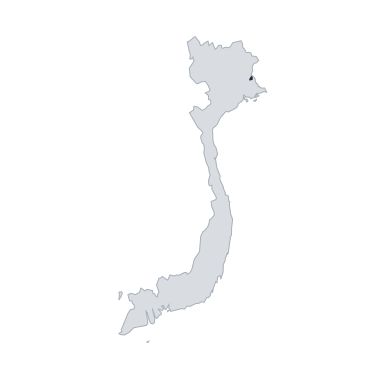 Lang Son, Lạng Sơn, Vietnam shown in context, rotated 21°
{"feature_id": "81297802B21506651579478", "entity_name": "Lang Son", "entity_type": "district", "adm_level": 2, "iso_a3": "VNM", "parent_name": "Vietnam", "parent_adm1": "Lạng Sơn", "projection": "equal_earth", "projection_center": [106.757, 21.855], "detail": "fine", "context": "in_parent", "style": "filled", "palette": "slate", "viewbox_px": 384, "rotation_deg": 21, "n_neighbors": 0, "source": "geoboundaries", "source_scale": "gbopen_adm2", "svg_char_len": 4316}
<svg xmlns="http://www.w3.org/2000/svg" viewBox="0 0 384 384"><g transform="rotate(21 192 192)"><path d="M225.9,72.1L223.3,72.3L220.6,75.0L217.0,76.8L216.2,81.6L213.2,83.9L211.8,82.8L208.8,83.9L205.6,82.8L206.7,88.4L203.5,92.9L203.8,95.7L202.9,97.9L197.4,104.2L195.7,104.3L194.5,105.3L191.8,112.8L191.4,119.1L190.2,122.6L189.0,124.1L188.7,126.1L192.9,136.0L195.7,140.0L198.5,142.0L202.6,147.9L202.0,149.4L202.3,152.7L200.3,151.8L200.6,152.2L202.9,154.0L206.4,160.3L212.5,167.0L213.5,170.4L219.4,175.9L219.3,176.6L223.5,181.0L224.0,182.7L227.1,182.6L230.0,187.7L230.9,187.7L231.2,189.9L235.9,198.6L239.8,203.1L241.8,211.2L244.1,217.4L244.2,220.9L247.7,236.0L247.5,237.9L246.8,236.0L246.9,241.7L247.5,244.7L247.2,248.5L249.7,255.5L250.1,263.2L248.3,259.9L246.4,262.2L247.8,267.7L246.3,267.2L246.4,274.6L247.1,277.2L246.9,278.2L246.2,276.2L245.5,279.8L246.2,282.2L245.1,284.9L243.6,285.1L242.8,290.6L240.1,291.1L238.1,293.6L235.7,294.6L231.2,299.4L228.4,300.2L226.9,304.1L224.3,304.5L214.9,311.1L213.8,309.5L212.1,308.9L210.8,305.4L209.8,311.0L209.1,311.4L207.6,310.3L206.2,308.1L204.3,309.6L206.5,310.1L207.1,311.6L206.7,313.3L202.0,313.3L206.3,315.5L207.2,317.2L205.1,319.9L205.1,321.9L204.1,322.8L201.7,321.1L196.7,314.9L202.7,323.7L203.7,327.6L202.3,329.4L200.6,329.4L197.8,326.8L193.3,320.6L191.7,319.7L197.0,328.6L197.8,330.6L197.2,332.9L186.4,339.5L183.4,345.9L180.1,349.7L176.5,350.7L174.5,350.4L176.5,347.1L175.3,345.9L175.7,328.3L176.7,323.8L179.8,321.9L179.8,321.0L178.7,318.3L176.2,317.3L175.1,315.3L172.8,316.1L169.0,310.8L171.2,308.5L175.9,308.1L179.0,304.5L178.7,300.4L179.0,299.9L183.4,301.3L184.9,299.0L190.5,298.2L192.1,300.9L193.5,300.5L196.1,302.4L197.1,302.4L196.6,299.7L197.1,297.2L192.2,291.6L192.1,284.2L193.3,283.8L194.6,281.5L200.9,283.0L201.2,277.3L205.8,276.7L206.9,275.1L209.5,274.5L214.1,269.6L216.0,269.3L217.0,270.6L218.8,268.3L219.6,264.5L218.3,253.9L220.4,245.0L216.0,230.1L216.5,224.9L217.8,223.1L219.2,218.8L219.0,214.0L218.3,211.7L219.5,210.0L221.1,205.7L219.7,202.8L215.1,197.9L213.3,193.9L216.9,190.7L217.0,188.7L209.5,182.1L208.2,178.6L206.4,179.9L205.1,179.1L203.4,175.7L202.7,169.2L201.4,168.1L198.9,163.5L194.7,159.3L189.7,152.3L188.7,150.3L188.1,147.1L186.0,143.4L184.1,142.7L180.6,138.1L180.2,136.1L181.1,132.8L178.7,131.2L174.3,129.6L161.2,118.9L164.0,115.1L163.2,111.6L163.5,111.0L167.1,110.7L172.3,112.2L174.8,109.3L175.9,106.1L177.7,103.7L177.8,102.3L176.5,99.7L174.1,99.7L172.9,96.1L168.9,94.7L171.5,92.3L172.4,90.3L168.7,86.6L164.8,84.0L161.3,85.8L158.6,88.8L157.4,89.2L149.0,85.1L145.1,77.2L146.7,70.7L146.7,68.4L145.1,67.3L144.6,65.7L143.4,68.5L142.2,68.5L141.0,63.7L139.5,62.5L133.9,53.6L135.7,51.8L138.4,46.7L139.4,45.8L145.0,49.3L147.4,52.2L149.8,50.2L149.8,49.1L152.8,45.4L155.4,49.2L157.5,45.2L162.5,50.3L163.3,49.3L164.3,45.8L165.7,44.8L166.8,44.6L168.1,46.6L169.3,46.8L171.7,44.7L174.2,44.3L175.9,42.4L176.4,38.5L177.0,37.7L183.5,33.3L186.1,35.6L187.8,39.0L190.0,39.9L192.4,42.2L194.3,41.9L194.9,41.1L197.2,41.2L199.2,43.6L203.3,42.5L207.1,45.2L205.9,48.2L204.0,49.6L203.5,51.1L203.5,54.4L205.1,56.6L205.3,62.1L206.3,61.6L210.1,63.3L211.5,66.0L213.4,67.6L214.8,67.8L216.1,69.9L217.4,69.2L218.0,70.1L220.7,69.8L222.5,68.9L225.9,72.1ZM163.1,311.2L163.3,314.9L162.4,319.1L161.3,314.5L159.7,311.7L161.9,310.4L163.1,311.2ZM220.1,78.2L217.8,80.9L216.9,80.8L218.1,77.1L220.1,78.2ZM211.1,88.2L210.4,88.3L209.2,86.5L209.8,85.6L211.3,86.3L211.6,87.1L211.1,88.2ZM218.8,84.4L217.9,84.9L216.9,84.9L219.3,82.1L218.8,84.4ZM207.3,84.3L208.3,87.1L206.9,85.7L207.3,84.3ZM213.8,310.0L212.0,312.4L211.9,311.3L213.8,310.0ZM205.0,348.1L203.7,348.1L205.1,346.7L205.0,348.1Z" fill="#d9dde1" stroke="#a8b0b8" stroke-width="1"/><path d="M206.1,66.3L206.2,66.2L206.3,66.1L206.3,65.9L206.4,65.7L206.5,65.7L206.8,65.5L207.0,65.5L207.1,65.4L207.1,65.5L207.1,65.4L207.1,65.5L207.3,65.5L207.4,65.4L207.3,65.2L207.4,64.9L207.2,64.7L207.2,64.8L207.0,64.7L206.9,64.7L206.8,64.4L206.7,64.4L206.8,64.4L206.7,64.3L206.7,64.2L206.8,64.1L206.8,63.9L206.9,63.7L206.7,63.5L206.7,63.4L206.5,63.2L206.4,63.2L206.4,63.3L206.4,63.5L206.4,63.8L206.3,64.0L206.2,64.1L206.0,64.3L205.9,64.4L205.9,64.5L206.0,64.7L206.0,64.8L206.1,65.0L206.0,65.3L205.9,65.4L205.9,65.5L206.0,65.6L205.9,65.7L205.9,65.8L205.8,66.0L206.0,66.1L206.1,66.3L206.1,66.3Z" fill="#64748b" stroke="#1e293b" stroke-width="1.5"/></g></svg>